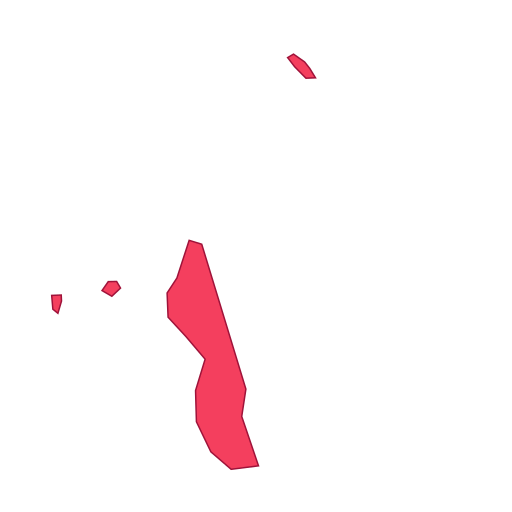 SVG path tracing the border of Grand'Anse Praslin, rotated 39°
{"feature_id": "SYC-5211", "entity_name": "Grand'Anse Praslin", "entity_type": "state/province", "adm_level": 1, "iso_a3": "SYC", "parent_name": "Seychelles", "parent_adm1": "", "projection": "robinson", "projection_center": [55.687, -4.284], "detail": "fine", "context": "isolated", "style": "filled", "palette": "rose", "viewbox_px": 512, "rotation_deg": 39, "n_neighbors": 0, "source": "natural_earth", "source_scale": "10m", "svg_char_len": 585}
<svg xmlns="http://www.w3.org/2000/svg" viewBox="0 0 512 512"><g transform="rotate(39 256 256)"><path d="M390.0,417.5L370.9,437.4L344.2,436.6L314.0,422.3L293.7,398.6L281.4,368.2L252.3,362.7L226.2,358.9L210.2,340.7L208.4,322.9L194.2,285.9L206.4,281.0L331.9,365.8L345.9,389.7L390.0,417.5ZM171.7,74.6L179.7,76.4L190.1,80.1L182.9,86.4L166.9,84.6L155.7,81.9L158.1,75.5L171.7,74.6ZM163.7,363.5L170.9,366.2L169.3,378.0L158.1,379.8L157.3,368.9L163.7,363.5ZM129.2,408.9L133.2,413.4L138.1,425.2L131.6,425.2L122.0,415.2L129.2,408.9Z" fill="#f43f5e" stroke="#9f1239" stroke-width="1.5"/></g></svg>